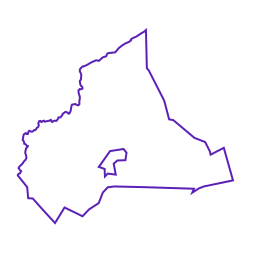 the district of Wise, Virginia, United States of America, rotated 3°
{"feature_id": "52423323B77161668949551", "entity_name": "Wise", "entity_type": "district", "adm_level": 2, "iso_a3": "USA", "parent_name": "United States of America", "parent_adm1": "Virginia", "projection": "equal_earth", "projection_center": [-82.73, 37.001], "detail": "fine", "context": "isolated", "style": "outline", "palette": "violet", "viewbox_px": 256, "rotation_deg": 3, "n_neighbors": 0, "source": "geoboundaries", "source_scale": "gbopen_adm2", "svg_char_len": 2245}
<svg xmlns="http://www.w3.org/2000/svg" viewBox="0 0 256 256"><g transform="rotate(3 128 128)"><path d="M224.7,142.8L211.9,150.3L210.9,146.9L205.8,138.0L194.9,134.4L172.9,117.8L168.6,117.2L162.9,99.3L161.7,97.0L145.9,69.7L143.7,67.3L140.8,29.3L139.2,30.9L136.5,32.6L131.5,36.3L128.6,37.7L126.5,39.1L126.2,39.5L126.4,40.3L124.6,41.9L120.6,43.9L117.3,46.3L114.5,48.8L111.3,53.1L104.6,54.2L104.0,54.5L103.4,54.9L102.4,57.6L100.6,58.2L98.6,59.1L97.2,60.8L95.3,62.5L94.3,62.2L92.4,62.1L88.3,64.2L83.7,67.2L80.6,68.8L79.9,68.7L78.5,69.8L76.9,71.9L76.9,72.3L76.9,73.8L78.5,76.9L78.6,79.0L78.4,82.4L77.6,83.1L77.4,83.6L78.1,87.0L79.0,88.5L79.9,89.1L80.3,89.7L80.5,90.8L79.9,91.5L78.6,91.8L77.9,91.6L76.6,92.9L76.9,95.9L77.8,98.0L78.4,100.2L78.1,102.9L78.0,105.3L78.3,106.5L77.5,107.7L77.4,107.8L76.9,108.0L74.9,107.3L74.2,106.8L70.9,107.6L70.5,108.3L69.8,114.0L68.9,116.3L67.9,116.8L67.4,116.1L66.6,115.6L64.7,115.2L62.0,117.3L61.8,118.4L60.0,120.9L58.0,121.1L57.6,122.5L56.2,124.6L53.7,124.6L53.1,125.1L53.0,125.3L52.0,125.9L51.5,125.7L51.2,125.3L51.0,124.5L50.5,123.9L49.4,124.7L44.5,126.0L43.7,125.1L42.9,125.6L42.3,125.6L41.5,126.5L41.2,126.6L40.2,125.5L39.0,125.8L38.5,126.9L38.2,128.2L38.8,129.8L38.2,131.8L37.0,132.6L36.2,134.1L35.3,135.0L34.7,134.9L34.3,135.1L32.9,136.6L31.2,136.7L30.5,136.2L30.1,136.0L29.6,135.9L28.6,137.3L28.5,138.9L28.1,139.3L27.1,139.3L26.2,138.4L25.5,138.9L25.1,139.3L24.8,139.4L24.5,139.6L24.2,140.2L23.9,141.3L23.8,142.3L23.5,145.3L23.5,145.5L24.6,146.7L25.3,149.2L25.8,149.2L26.2,149.3L27.1,150.2L27.9,151.2L28.9,151.3L28.8,151.9L27.3,153.6L27.1,155.2L26.8,155.7L26.7,158.4L27.1,159.3L27.8,161.4L27.9,161.6L28.1,163.2L27.8,164.0L27.3,165.3L26.6,165.8L26.0,166.7L25.4,167.4L24.7,168.8L22.8,171.0L22.2,171.6L21.3,172.6L20.8,173.7L22.6,176.0L23.6,176.8L22.4,179.0L21.2,179.5L20.4,180.6L20.5,181.2L30.4,192.3L32.0,203.3L36.6,203.4L48.8,215.7L60.1,226.7L68.8,210.7L87.2,218.5L93.3,211.4L102.7,204.5L106.3,193.7L110.9,188.3L117.2,187.1L148.7,186.2L197.0,185.2L195.6,189.2L201.8,184.7L206.8,182.4L235.6,174.8L224.7,142.8ZM100.9,168.4L111.3,152.0L124.6,149.2L127.8,152.7L127.1,160.3L119.1,161.0L115.6,164.4L118.2,175.2L110.2,174.6L107.5,177.6L106.8,170.1L100.9,168.4Z" fill="none" stroke="#5b21b6" stroke-width="2"/></g></svg>